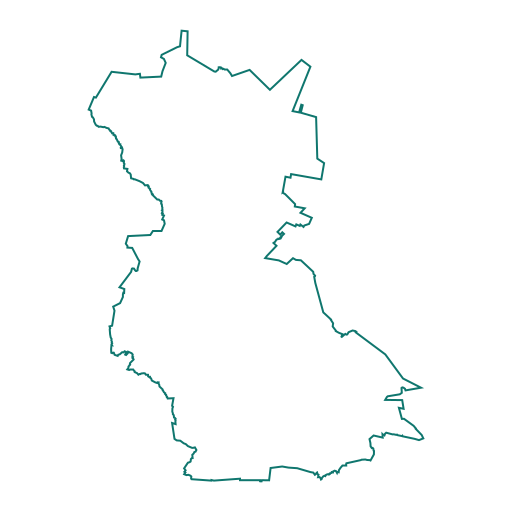 outline of Cuauhtémoc, Chihuahua, Mexico
{"feature_id": "50627088B28133292335375", "entity_name": "Cuauhtémoc", "entity_type": "district", "adm_level": 2, "iso_a3": "MEX", "parent_name": "Mexico", "parent_adm1": "Chihuahua", "projection": "orthographic", "projection_center": [-106.99, 28.768], "detail": "fine", "context": "isolated", "style": "outline", "palette": "teal", "viewbox_px": 512, "rotation_deg": 0, "n_neighbors": 0, "source": "geoboundaries", "source_scale": "gbopen_adm2", "svg_char_len": 6077}
<svg xmlns="http://www.w3.org/2000/svg" viewBox="0 0 512 512"><path d="M109.5,326.4L110.2,328.5L109.7,329.1L110.1,334.3L110.7,337.5L111.6,339.0L111.3,340.3L111.9,341.6L111.7,342.5L112.2,343.2L111.5,344.3L112.0,345.2L111.5,345.1L111.4,345.6L111.1,349.3L111.3,352.8L112.3,353.2L113.2,352.6L113.8,352.7L114.6,354.8L117.7,355.9L118.2,354.8L119.8,354.3L122.2,352.2L123.6,352.4L124.6,351.3L126.3,352.0L126.6,352.6L126.0,353.0L125.2,354.6L126.1,355.0L127.8,353.2L128.1,351.7L131.6,353.2L132.7,354.5L132.4,356.5L132.9,356.9L132.4,357.4L132.5,358.0L133.0,358.0L133.6,359.5L130.1,363.0L129.8,364.3L130.1,364.7L128.5,366.5L128.4,367.9L127.3,369.4L129.2,370.0L130.3,369.5L133.2,369.5L134.0,370.7L134.7,371.3L134.7,372.1L137.0,373.1L138.4,374.7L139.5,374.0L140.4,374.1L141.2,373.5L144.0,373.2L145.1,373.5L145.8,374.7L148.0,374.8L148.1,376.3L148.8,376.8L149.9,376.8L149.8,377.5L151.1,378.4L151.8,380.5L155.1,382.3L156.7,382.9L157.3,383.0L157.6,382.3L158.6,382.4L158.4,383.3L159.2,384.6L159.5,386.5L162.6,389.4L162.7,390.4L163.1,390.6L163.9,392.2L165.2,393.2L165.0,393.9L166.1,394.8L166.0,395.4L167.1,396.8L166.9,397.3L167.5,397.8L167.7,398.5L173.5,398.2L172.1,405.8L173.0,406.8L172.4,408.4L172.3,411.6L172.9,413.4L172.9,414.3L173.6,414.9L173.8,415.5L174.0,417.5L174.8,417.8L175.6,418.7L175.1,419.7L175.6,420.2L175.4,421.7L175.6,424.1L172.1,423.0L174.5,438.9L176.7,440.4L180.3,440.7L183.7,443.3L185.8,444.1L187.9,446.1L191.9,447.8L192.9,447.9L194.9,447.4L196.4,450.0L195.5,451.7L194.4,452.0L193.6,453.6L192.3,454.8L192.6,458.1L191.7,458.2L190.9,459.1L190.6,461.5L189.6,462.2L187.9,462.7L184.1,468.4L185.6,470.3L184.4,471.8L185.4,472.5L184.2,474.2L186.4,475.1L188.4,474.8L190.5,475.7L191.3,476.5L191.1,478.5L191.5,479.2L211.3,480.6L211.4,480.0L213.9,480.6L240.0,478.7L240.0,480.2L260.0,480.2L260.0,480.9L260.5,480.9L260.5,481.3L261.6,481.3L261.9,480.2L269.1,480.3L270.6,468.0L282.2,466.5L288.5,467.6L297.2,468.2L310.5,472.1L313.3,472.6L314.9,474.8L315.7,474.2L316.7,472.7L317.1,472.5L317.3,473.8L318.5,474.8L318.2,475.3L318.3,476.6L318.1,477.2L319.6,477.1L320.5,478.1L321.0,479.5L321.7,479.0L321.9,478.0L323.2,476.4L324.5,475.7L325.3,476.1L326.0,474.9L327.3,474.3L328.3,474.2L328.9,474.6L329.6,474.2L329.4,473.8L329.7,473.4L331.5,472.9L331.7,472.1L333.0,472.4L333.2,471.4L334.6,470.7L336.0,471.1L337.0,472.9L337.3,472.0L338.7,472.3L338.9,470.2L340.6,467.7L342.5,465.5L346.2,465.5L346.1,464.4L346.4,463.3L360.8,460.1L361.6,459.7L365.4,459.5L367.1,460.0L369.6,460.1L370.5,460.5L373.9,454.4L374.0,450.9L373.6,450.6L373.3,448.6L372.6,447.9L371.8,448.1L370.6,446.3L370.4,443.0L369.5,439.1L373.6,435.5L382.7,437.6L382.5,434.2L383.0,434.7L384.0,434.7L384.5,435.2L385.0,433.8L386.2,432.7L392.6,434.4L393.7,434.3L396.4,434.9L397.0,434.6L397.7,435.2L402.1,436.1L402.4,435.8L402.6,436.3L414.4,438.8L419.0,440.1L423.3,438.4L421.7,435.0L415.7,428.8L415.9,428.5L413.6,425.8L404.0,418.8L401.9,418.9L398.9,407.8L403.6,408.8L402.2,400.1L385.2,399.9L386.9,397.0L387.7,396.3L399.8,394.3L401.8,392.8L401.5,388.0L402.3,387.4L403.5,387.7L405.0,388.8L405.5,390.4L421.0,387.7L403.0,378.5L385.3,354.4L355.8,332.4L356.3,331.8L355.4,331.1L352.6,330.5L348.6,332.2L347.3,334.4L346.3,334.6L345.3,333.9L341.2,337.4L342.5,334.2L338.9,332.8L335.8,331.1L335.9,330.7L332.7,326.5L333.1,323.3L330.7,319.6L330.9,319.4L323.3,312.4L315.3,282.9L314.2,276.8L314.9,276.3L315.1,275.7L313.5,273.9L313.2,271.8L300.9,260.3L295.9,259.9L293.0,258.2L286.7,264.0L278.8,260.4L265.2,258.1L266.9,255.9L276.5,245.8L273.5,243.0L275.2,241.7L276.1,240.1L276.9,239.4L278.2,239.1L278.3,238.7L279.4,238.9L280.6,238.5L281.3,237.3L280.7,237.1L284.0,233.9L282.3,232.3L280.2,234.6L277.5,231.9L286.6,222.5L295.5,226.4L296.3,224.4L299.8,225.9L300.4,224.5L303.5,226.9L304.3,225.5L309.1,223.9L311.8,217.8L300.5,212.8L304.7,208.3L294.8,206.5L295.1,204.1L285.1,194.1L283.1,193.0L283.1,192.0L282.7,192.3L285.5,176.7L290.5,177.7L291.1,174.1L321.3,179.4L324.1,163.1L317.3,158.6L316.1,117.1L300.8,112.7L302.7,105.2L301.3,104.7L299.1,112.4L292.6,111.1L310.4,66.7L301.5,59.9L269.9,89.8L249.6,69.9L232.0,76.0L230.4,73.3L227.2,69.5L224.6,69.5L223.5,68.8L222.7,69.1L222.1,68.3L221.1,68.5L221.0,67.5L219.9,67.2L218.7,67.3L218.7,68.3L218.1,69.7L215.7,71.7L214.3,71.5L187.2,55.3L187.6,31.3L181.6,30.7L180.0,46.3L177.1,47.2L161.7,54.8L161.0,57.3L163.9,58.9L165.7,62.9L162.5,71.2L161.2,76.6L140.4,77.6L139.9,73.8L135.3,74.4L111.6,71.8L95.9,97.6L94.0,97.0L88.7,109.6L91.1,110.6L91.6,113.4L91.4,114.2L92.0,116.8L92.9,117.4L94.0,119.4L94.1,121.5L95.7,124.7L96.7,125.7L97.6,125.8L98.6,126.8L100.6,126.6L103.3,127.2L104.4,126.9L106.5,127.9L108.6,128.4L109.2,129.6L110.3,130.5L110.3,131.0L110.9,131.2L110.8,131.5L111.4,131.9L112.1,133.3L113.3,133.2L113.5,134.9L114.2,134.9L114.4,135.3L115.0,135.2L115.4,135.6L115.4,136.5L115.9,136.7L116.0,138.6L116.7,139.1L117.7,141.4L118.7,141.8L118.8,142.2L118.4,142.2L119.3,144.2L120.3,144.3L120.2,145.0L121.1,146.1L121.3,146.9L120.7,147.8L120.8,148.1L121.6,148.2L122.1,147.8L122.6,149.3L122.2,152.5L121.1,155.3L121.6,159.0L121.3,160.3L121.8,160.2L121.8,160.8L122.3,161.1L123.1,161.1L123.6,160.5L124.0,161.0L123.8,163.0L124.5,164.0L123.9,165.5L124.2,166.0L123.8,167.2L124.0,168.4L127.4,168.9L127.0,171.3L128.5,172.7L129.8,173.2L130.7,174.5L131.1,178.3L133.5,178.9L133.8,179.3L134.8,179.3L139.6,181.2L143.0,183.0L145.0,185.4L147.6,185.1L147.8,185.8L148.3,185.7L148.8,186.4L148.5,187.6L150.0,188.8L149.8,189.2L150.3,190.3L151.4,191.7L151.4,192.8L152.7,194.2L152.2,194.6L157.2,199.5L158.7,199.5L160.1,200.8L161.3,200.9L161.6,201.6L161.1,203.0L161.2,203.8L161.8,204.2L162.0,206.5L162.4,207.6L162.3,208.7L162.5,209.9L162.0,210.3L162.4,210.7L162.5,211.8L161.9,213.1L162.8,213.5L162.2,214.8L164.0,215.5L162.2,219.5L164.0,220.3L164.7,223.8L161.5,231.0L152.9,231.0L150.3,235.0L128.1,236.1L125.8,243.7L127.5,246.1L127.4,247.6L132.2,247.9L138.0,259.0L139.6,261.5L137.7,268.2L137.5,270.4L136.4,271.0L135.8,271.0L135.0,270.2L134.0,268.6L132.4,268.4L131.9,268.7L131.1,271.9L119.5,287.3L124.3,289.0L124.1,293.0L123.3,292.8L122.9,294.4L122.9,297.0L120.1,303.1L113.2,306.6L114.5,310.7L112.1,325.7L109.5,326.4Z" fill="none" stroke="#0f766e" stroke-width="2"/></svg>